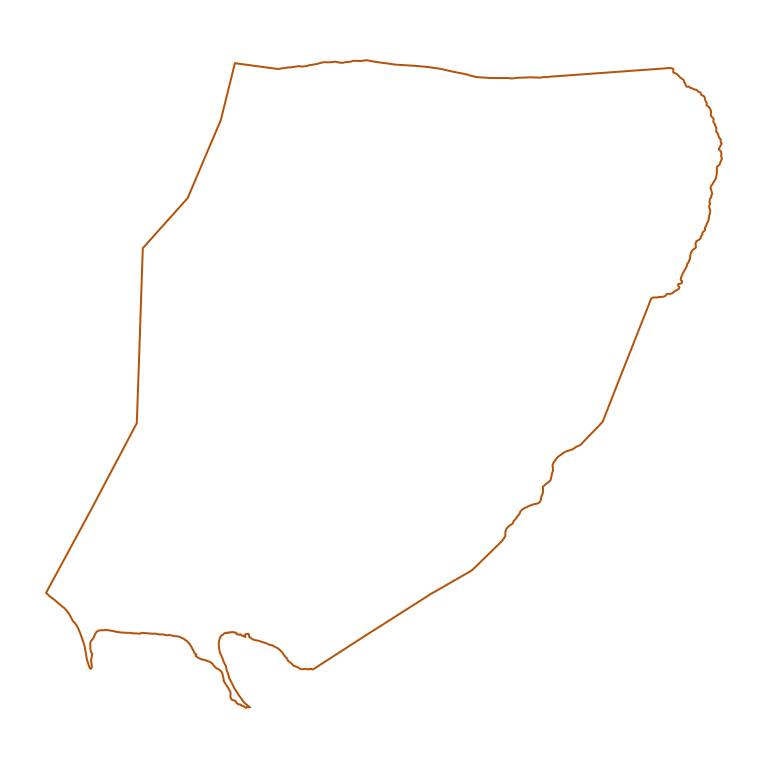 Xyargas, Uvs, Mongolia
{"feature_id": "93677404B82072173731918", "entity_name": "Xyargas", "entity_type": "district", "adm_level": 2, "iso_a3": "MNG", "parent_name": "Mongolia", "parent_adm1": "Uvs", "projection": "natural_earth1", "projection_center": [93.9, 49.493], "detail": "fine", "context": "isolated", "style": "outline", "palette": "amber", "viewbox_px": 768, "rotation_deg": 0, "n_neighbors": 0, "source": "geoboundaries", "source_scale": "gbopen_adm2", "svg_char_len": 6013}
<svg xmlns="http://www.w3.org/2000/svg" viewBox="0 0 768 768"><path d="M667.3,68.2L548.7,76.8L546.7,77.2L543.7,77.0L540.3,77.7L531.2,77.3L517.5,77.8L511.7,78.5L507.7,78.0L492.1,78.1L476.5,77.1L469.7,75.4L466.3,74.3L452.0,71.5L440.9,68.9L429.4,67.2L417.3,66.0L395.1,64.6L388.0,63.5L382.7,62.9L373.3,61.5L366.7,60.2L360.6,61.0L353.1,60.8L350.1,61.8L345.0,62.2L343.1,62.7L340.5,62.8L335.0,61.7L330.4,62.3L323.5,62.2L315.9,64.2L309.2,65.2L306.4,66.1L302.5,66.5L298.4,66.2L290.4,67.4L289.0,67.3L278.0,69.0L234.9,63.2L220.8,120.1L187.7,198.0L142.8,248.2L139.3,352.0L136.8,423.1L90.6,510.6L46.1,592.8L49.5,596.1L55.4,600.6L60.6,605.2L64.1,607.9L66.6,610.5L69.1,613.9L72.9,621.0L76.1,624.6L78.2,628.4L80.2,633.2L83.7,643.2L84.9,647.6L86.8,659.1L89.0,666.2L89.8,667.9L90.3,668.7L91.1,668.6L91.6,667.7L91.8,666.5L91.5,663.6L91.2,661.7L91.2,659.9L92.1,654.3L91.8,652.9L90.9,652.0L90.4,648.6L90.4,646.2L90.2,643.8L90.4,642.3L91.1,640.8L92.2,639.7L93.7,637.5L94.8,634.7L96.4,632.0L97.9,631.0L99.4,630.4L106.9,630.0L112.9,631.0L116.2,631.8L120.3,632.4L126.4,632.8L130.3,632.8L131.9,633.2L134.2,633.4L136.7,633.4L139.8,633.8L141.5,632.8L153.1,633.8L155.3,633.6L158.8,634.4L161.8,634.3L163.8,634.6L166.5,635.3L169.9,635.0L172.1,635.6L174.8,636.2L176.9,636.3L178.9,636.6L181.3,637.6L184.0,639.0L186.9,641.1L189.3,643.8L191.1,646.2L193.9,651.6L194.7,653.4L195.6,654.0L196.4,654.8L195.7,655.7L195.9,656.2L196.9,657.0L201.3,659.3L202.6,659.7L203.9,659.7L205.2,660.2L210.1,661.9L210.8,662.6L211.8,663.2L212.7,664.1L213.7,665.6L215.9,667.9L219.0,669.5L221.3,671.5L222.2,673.3L223.2,677.0L223.7,679.8L223.6,680.7L224.0,681.4L227.8,687.4L230.3,691.8L230.6,693.2L230.6,694.0L230.4,694.9L230.4,696.0L230.5,697.2L231.1,698.6L231.9,699.8L233.3,700.3L235.3,700.8L236.1,702.2L236.7,703.0L237.7,703.9L239.1,704.4L240.9,704.8L241.4,705.5L242.4,706.0L244.3,706.5L245.1,707.3L245.9,707.8L246.6,707.6L247.1,707.1L247.7,706.8L248.7,707.4L249.6,707.2L244.2,702.6L238.5,694.8L234.3,688.2L231.1,681.6L229.4,678.6L228.0,673.3L226.8,670.7L225.9,666.0L225.0,664.5L223.2,660.8L222.7,659.0L221.2,655.2L219.9,652.7L219.5,650.1L219.0,647.9L218.7,643.3L219.1,641.1L219.6,638.8L220.3,637.0L221.2,635.7L222.1,634.9L223.3,634.4L224.3,633.3L224.9,633.1L225.8,632.9L226.5,633.1L227.0,633.1L227.9,632.5L228.7,632.8L229.3,632.7L229.9,632.2L231.1,632.4L231.9,632.1L233.0,632.2L233.7,632.1L234.1,632.2L234.9,632.7L235.8,632.6L236.1,632.8L236.3,633.0L236.2,633.3L236.2,633.5L237.6,634.5L239.4,634.7L239.6,634.4L240.4,634.4L240.6,634.5L240.7,634.8L241.4,635.2L241.7,635.5L242.9,635.5L243.5,635.8L244.7,636.9L245.1,637.0L245.4,636.8L245.4,636.4L245.2,635.6L245.2,635.0L245.4,634.5L245.8,634.2L247.5,633.8L248.1,633.8L248.7,634.2L249.0,634.7L249.0,635.6L249.1,636.1L249.3,636.5L249.4,637.2L250.7,637.6L251.2,638.3L252.6,639.3L253.3,639.6L254.2,639.7L255.1,640.2L257.6,640.5L258.5,640.8L262.6,642.1L264.8,642.9L266.4,643.3L268.8,644.5L270.0,644.9L271.7,645.1L272.6,645.5L273.4,646.1L275.7,647.1L276.7,647.8L277.8,648.2L279.5,649.7L282.4,652.6L284.2,655.5L287.2,658.8L287.5,659.3L287.6,659.8L287.7,660.3L288.4,661.2L289.7,662.0L292.1,664.0L293.4,665.6L297.2,667.0L300.3,669.0L301.3,669.2L302.5,669.2L304.8,668.8L306.0,668.9L306.8,669.2L307.8,669.4L310.3,668.8L311.3,669.0L312.9,669.5L363.4,636.9L431.1,593.8L472.0,570.3L501.9,541.1L504.9,536.9L505.3,535.8L505.4,533.2L505.3,532.0L506.2,528.9L508.7,526.3L510.4,525.0L512.3,523.9L513.0,522.8L513.7,521.0L515.7,519.0L516.8,517.1L518.5,515.1L519.5,513.8L520.4,511.4L522.3,509.5L524.4,508.1L526.4,507.3L528.3,506.3L533.2,504.4L536.3,503.8L538.4,503.1L539.4,502.4L540.2,501.5L540.9,499.3L541.2,496.9L542.7,493.6L543.0,491.4L543.1,489.5L542.8,486.8L546.3,483.7L548.3,482.4L550.5,480.2L551.0,478.5L552.2,472.9L553.1,470.4L552.8,467.4L552.5,465.1L553.6,462.4L557.9,456.9L563.8,452.6L566.4,451.3L571.3,449.8L573.2,449.0L576.6,446.5L578.1,446.1L580.1,445.1L581.8,443.8L582.5,442.8L602.6,421.9L616.8,385.7L651.3,298.3L653.7,297.4L657.6,297.5L659.5,296.8L660.5,297.1L661.4,297.0L664.8,296.3L666.3,294.8L666.8,294.0L667.8,293.8L670.0,294.1L671.1,293.4L672.5,293.2L673.2,292.3L676.1,290.3L677.4,290.0L678.7,288.9L679.2,287.9L679.4,287.2L679.1,286.6L678.3,285.9L678.1,285.3L678.1,284.4L678.7,284.0L680.7,283.5L681.6,283.1L682.1,282.1L682.0,281.1L680.8,280.0L680.7,279.3L681.2,277.1L682.4,274.1L685.2,269.1L686.9,265.9L687.4,263.6L688.6,262.4L688.8,261.0L689.9,259.1L690.3,255.2L691.0,252.6L692.6,250.0L695.1,248.3L695.7,247.8L695.9,246.6L695.5,244.0L695.6,243.0L696.4,241.7L696.5,241.0L698.7,240.0L699.6,239.4L700.2,238.8L700.5,238.2L700.8,236.9L701.1,236.3L701.9,235.3L702.4,234.4L702.4,232.8L702.9,232.1L704.5,230.7L705.0,230.0L705.0,229.6L704.9,228.6L704.9,228.0L705.2,227.4L706.5,225.1L706.5,224.6L707.3,222.5L707.8,221.8L708.6,220.1L708.8,218.9L709.1,216.0L710.0,213.4L710.2,210.7L709.1,206.9L709.3,205.9L710.2,203.5L709.7,202.6L709.5,201.3L709.8,199.1L711.4,196.9L711.2,196.0L711.5,194.9L712.1,194.3L712.1,193.1L711.0,189.4L710.6,188.3L710.6,187.0L710.9,186.3L712.3,184.4L713.2,182.7L715.9,178.5L716.6,174.6L716.9,172.6L716.8,170.0L716.9,167.0L718.9,165.2L719.9,164.0L720.0,163.2L721.9,158.7L721.2,156.1L721.4,153.2L720.7,151.1L718.8,149.5L718.8,148.9L719.1,148.3L720.4,146.0L721.2,144.8L721.7,143.5L721.1,142.9L720.7,142.1L720.7,139.5L720.2,138.7L719.2,137.9L717.6,133.1L716.4,131.7L716.1,131.3L716.1,130.7L716.4,128.7L716.4,127.6L715.4,126.3L715.1,125.4L715.0,124.4L714.0,123.1L713.6,122.3L713.4,121.4L713.6,119.1L713.1,118.1L712.1,117.2L711.1,115.9L710.8,115.2L710.8,114.4L711.1,112.5L710.9,110.9L710.5,109.5L709.6,108.3L708.7,106.8L707.5,106.0L706.7,105.4L706.7,102.8L705.7,101.3L705.2,99.9L704.8,97.9L704.3,96.6L703.2,95.8L701.8,95.2L701.2,94.8L700.7,92.9L700.1,92.4L698.7,92.0L696.7,89.9L695.8,89.6L694.5,89.6L692.6,88.5L691.8,88.2L690.6,88.1L690.1,87.7L689.5,87.0L689.0,86.6L687.6,86.8L686.7,86.6L686.2,86.1L685.0,83.0L684.2,82.2L684.0,81.9L683.9,81.4L683.9,80.6L683.6,79.8L680.4,77.7L677.1,74.2L673.3,72.4L673.2,71.9L673.4,69.1L672.8,68.7L670.4,68.0L668.7,67.9L667.3,68.2Z" fill="none" stroke="#b45309" stroke-width="2"/></svg>